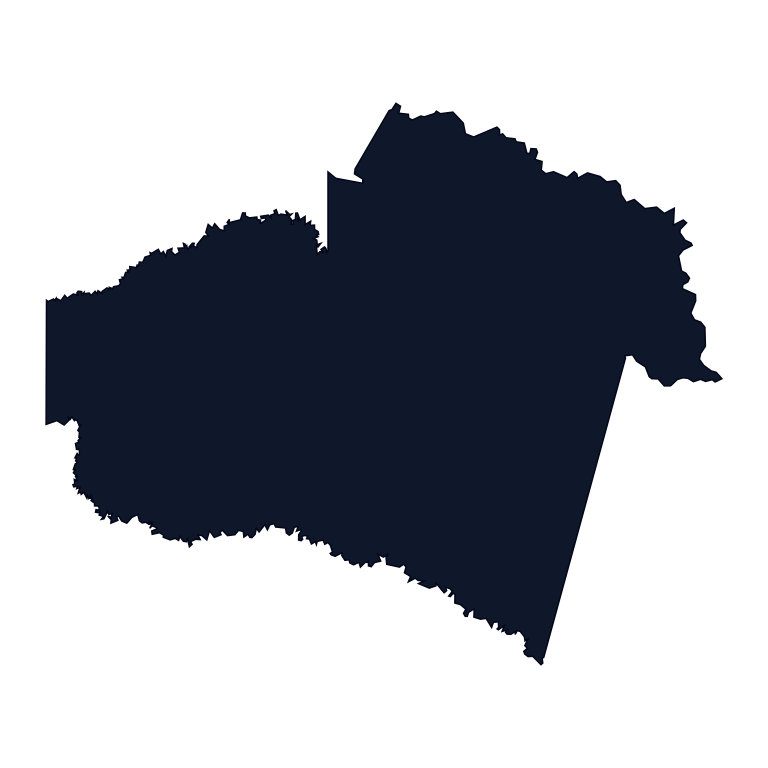 Aguarico, Orellana, Ecuador (Mercator projection)
{"feature_id": "8360857B665042104792", "entity_name": "Aguarico", "entity_type": "district", "adm_level": 2, "iso_a3": "ECU", "parent_name": "Ecuador", "parent_adm1": "Orellana", "projection": "mercator", "projection_center": [-76.096, -0.984], "detail": "fine", "context": "isolated", "style": "filled", "palette": "ink", "viewbox_px": 768, "rotation_deg": 0, "n_neighbors": 0, "source": "geoboundaries", "source_scale": "gbopen_adm2", "svg_char_len": 6045}
<svg xmlns="http://www.w3.org/2000/svg" viewBox="0 0 768 768"><path d="M680.2,229.4L686.6,222.8L683.3,220.0L673.4,225.1L674.3,208.2L664.3,213.4L656.6,207.1L644.8,208.6L634.2,199.5L626.3,202.5L621.2,194.5L620.1,185.3L615.7,180.6L606.7,181.9L600.1,176.5L587.5,172.9L577.6,178.3L576.9,174.1L574.1,171.6L567.1,177.6L553.5,171.7L545.8,173.7L541.3,170.1L542.1,161.5L535.0,159.4L537.5,152.3L536.2,148.9L530.9,148.6L529.8,153.5L526.9,153.2L524.3,143.0L516.2,141.8L515.0,138.8L506.1,137.8L502.7,133.9L499.6,134.8L499.5,129.7L497.0,127.1L473.7,137.0L465.4,133.7L463.3,123.1L452.9,112.1L440.4,113.7L436.4,111.2L434.4,113.6L424.2,116.9L420.9,116.0L412.4,120.0L408.7,118.1L408.4,114.3L398.7,113.2L400.5,106.3L396.0,103.3L391.9,109.6L389.1,110.6L355.1,168.9L354.5,173.9L362.8,179.0L362.7,183.3L335.8,178.3L328.0,171.9L328.0,249.9L326.8,252.5L325.9,248.4L324.2,246.5L325.0,249.0L323.6,247.5L321.0,249.4L323.0,252.3L320.0,251.6L317.2,254.5L316.4,245.7L318.0,247.0L320.8,243.4L317.2,244.7L316.8,240.1L313.3,238.6L318.1,236.7L316.0,234.9L318.7,234.5L318.1,231.5L314.6,229.5L314.5,225.1L310.1,225.4L310.7,221.2L305.1,224.5L305.1,216.4L297.8,221.2L297.8,218.8L299.6,218.9L297.4,213.0L295.8,213.1L295.3,219.6L292.7,220.4L293.5,223.9L291.6,224.3L291.2,219.2L289.0,216.8L291.7,214.0L289.7,214.5L285.6,210.6L287.2,215.0L280.8,214.1L278.4,215.6L276.2,209.6L274.0,210.8L274.8,213.7L270.7,215.2L271.2,217.7L268.4,215.1L260.7,216.3L261.3,218.6L265.0,217.8L265.9,220.1L260.5,223.4L260.4,220.2L257.2,219.4L256.8,217.0L249.5,217.9L245.4,215.9L245.3,213.0L242.6,212.9L240.4,219.8L229.0,222.7L229.4,219.3L227.1,222.6L229.3,224.3L224.2,226.3L224.2,230.9L219.5,229.3L214.7,223.7L212.4,228.1L208.2,224.4L205.8,232.3L208.4,236.1L204.1,235.9L197.1,244.6L196.7,247.7L193.5,245.9L194.2,243.3L192.4,243.2L189.1,246.9L191.2,247.2L187.4,249.2L186.7,245.4L184.8,246.3L185.2,244.3L183.4,243.4L184.4,247.9L178.0,248.2L179.4,252.3L174.9,255.0L171.5,251.5L172.0,248.5L167.3,250.4L165.8,256.4L163.4,251.5L160.8,254.0L158.3,249.3L151.7,253.3L150.1,252.6L150.6,255.3L145.0,257.1L142.7,262.4L139.3,262.0L138.5,266.1L137.2,265.0L136.3,267.6L129.8,266.6L129.9,269.8L127.3,270.2L128.5,271.8L125.6,272.5L124.0,277.4L122.0,277.3L123.1,278.9L119.4,279.7L120.4,283.5L118.8,285.7L113.6,286.7L112.5,288.6L109.4,287.4L109.7,289.3L107.0,287.9L102.0,291.5L102.2,293.6L98.0,290.7L97.3,293.7L95.1,291.3L91.2,295.4L89.1,293.0L83.9,293.8L84.1,292.4L82.2,294.4L81.6,291.6L78.2,291.2L76.8,293.0L77.9,295.1L73.3,294.0L67.2,298.2L64.7,295.3L60.9,300.7L57.2,298.8L56.1,299.8L56.1,298.3L54.5,300.4L53.5,299.0L48.2,301.5L46.5,300.3L46.1,424.4L56.9,420.6L64.1,425.0L69.1,420.1L68.6,417.6L70.3,419.3L71.9,416.8L74.4,420.7L76.0,419.6L77.4,421.1L79.2,425.8L80.5,425.4L77.8,430.4L79.4,431.8L79.0,437.5L80.7,437.7L78.1,440.6L78.9,442.2L75.5,443.5L76.5,449.4L79.3,449.6L79.5,453.9L78.3,455.2L77.1,453.5L74.9,457.9L76.7,458.2L75.6,460.8L77.7,462.3L75.3,463.8L73.3,469.6L75.0,470.0L73.4,472.7L76.5,475.9L75.0,477.0L77.2,476.7L76.1,479.2L77.7,481.7L74.3,479.5L74.8,483.8L72.9,484.7L73.8,486.9L77.5,486.2L76.7,488.6L79.9,487.5L78.2,493.2L80.5,492.0L81.2,494.4L83.8,492.3L86.9,498.2L87.5,495.3L88.8,498.5L90.8,496.1L90.4,498.3L92.5,498.8L91.1,500.6L94.5,503.1L94.6,505.9L98.4,506.1L99.4,508.4L98.5,510.2L96.0,509.6L95.5,512.2L99.3,512.8L100.5,511.4L99.1,515.0L103.5,516.5L101.4,519.3L103.9,518.8L107.5,511.6L108.9,514.4L112.2,513.5L111.1,517.4L107.8,516.1L111.2,519.6L110.9,523.2L117.9,520.3L116.6,516.9L118.7,516.1L121.7,521.0L126.8,523.2L131.8,517.4L137.7,514.5L139.5,520.9L142.1,522.9L145.9,522.3L149.0,524.4L151.2,523.6L148.5,522.3L149.4,521.2L152.5,522.6L149.7,528.3L152.1,525.8L156.5,527.6L156.7,529.0L151.7,531.0L152.2,534.3L159.5,532.7L163.7,535.2L163.2,537.2L170.3,539.9L175.1,538.4L178.6,540.4L179.8,536.3L183.3,541.2L186.3,541.8L187.5,538.9L189.4,546.8L192.1,544.3L190.6,541.6L195.6,539.3L200.2,539.6L197.9,534.9L201.8,535.6L206.8,539.9L209.5,530.7L214.3,537.4L221.1,534.7L219.9,532.3L222.3,530.2L227.5,535.6L234.9,534.7L238.5,530.4L243.3,531.5L243.9,537.1L248.0,534.2L249.9,537.4L252.0,537.6L255.1,534.3L256.3,528.2L259.1,532.0L264.8,524.7L267.4,529.8L269.7,524.9L274.1,523.6L275.6,527.0L285.5,528.0L286.4,533.0L289.3,535.2L292.3,533.0L294.3,527.3L298.3,526.4L296.4,531.2L300.7,529.6L301.3,530.9L298.7,534.6L298.6,540.1L301.2,540.7L302.7,539.2L301.5,536.5L304.8,535.5L307.6,536.1L306.5,538.7L309.5,539.1L311.4,544.0L315.3,541.7L316.4,544.6L317.2,541.4L323.1,540.1L324.8,544.3L327.9,542.5L330.4,545.3L332.5,552.1L330.2,553.4L331.2,554.8L335.1,556.3L342.2,552.6L341.8,555.5L344.9,560.3L349.0,559.8L349.9,563.0L353.6,564.8L359.0,562.3L360.4,567.1L365.4,562.2L367.8,562.5L368.5,560.2L368.5,565.9L371.2,566.7L374.6,562.5L380.7,561.1L377.9,554.2L383.4,557.1L388.7,553.6L386.0,557.0L386.7,564.3L399.5,567.1L403.6,564.2L406.1,567.0L404.4,572.7L410.6,576.5L408.4,581.8L415.3,578.2L418.0,580.4L424.1,580.9L418.5,583.6L429.3,588.1L435.9,585.9L436.2,583.3L444.1,592.8L446.6,590.7L445.6,587.2L450.3,588.8L452.2,591.5L448.7,596.1L450.3,596.6L453.0,593.4L455.0,594.3L454.8,603.0L460.4,604.6L465.9,609.2L463.5,613.3L465.2,616.3L467.3,616.3L468.5,612.4L474.2,608.8L473.9,617.1L480.5,619.2L486.1,618.4L491.6,627.5L493.4,622.3L498.3,621.8L498.7,627.3L497.1,628.9L498.3,629.8L504.4,625.5L502.1,631.4L507.1,629.9L505.5,632.1L507.1,634.2L511.1,634.2L515.2,631.5L515.2,634.4L517.2,630.7L520.2,631.4L524.4,636.8L525.0,640.9L528.0,639.0L524.8,645.6L527.4,648.3L523.8,651.3L524.7,654.0L528.1,656.6L532.7,656.3L541.0,664.7L542.8,663.0L542.1,658.3L543.7,657.5L625.5,358.1L624.7,355.8L632.5,354.8L636.7,361.3L645.4,366.9L649.2,376.7L651.8,378.7L658.1,378.9L664.3,385.9L670.6,385.8L677.3,379.5L682.9,377.8L688.0,378.3L693.5,381.7L700.6,379.3L705.5,381.4L712.2,379.7L715.1,382.0L721.9,378.7L716.2,372.3L711.1,370.9L703.6,365.3L699.4,359.3L700.6,353.6L705.4,346.3L704.9,327.3L700.7,322.1L694.5,319.8L690.8,313.1L695.7,300.8L695.5,294.6L682.4,288.6L682.9,284.7L687.8,281.9L689.5,278.2L685.9,273.2L681.6,271.0L678.5,255.8L683.1,250.0L692.2,245.4L691.0,243.0L685.1,240.2L679.9,232.7L680.2,229.4Z" fill="#0f172a" stroke="#020617" stroke-width="1.5"/></svg>